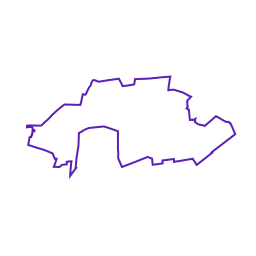 Tecámac, México, Mexico (Equal Earth projection), rotated 252°
{"feature_id": "50627088B86609194927709", "entity_name": "Tecámac", "entity_type": "district", "adm_level": 2, "iso_a3": "MEX", "parent_name": "Mexico", "parent_adm1": "México", "projection": "equal_earth", "projection_center": [-98.994, 19.711], "detail": "fine", "context": "isolated", "style": "outline", "palette": "violet", "viewbox_px": 256, "rotation_deg": 252, "n_neighbors": 0, "source": "geoboundaries", "source_scale": "gbopen_adm2", "svg_char_len": 5241}
<svg xmlns="http://www.w3.org/2000/svg" viewBox="0 0 256 256"><g transform="rotate(252 128 128)"><path d="M142.6,27.9L142.1,28.6L141.7,29.4L140.0,31.7L139.7,32.0L137.6,34.9L136.1,37.1L134.6,39.3L133.0,41.5L132.3,42.4L131.3,43.6L129.8,45.3L129.1,46.1L128.9,46.2L128.7,46.4L128.7,46.6L128.5,46.9L128.1,47.2L128.0,47.3L128.0,47.5L127.9,47.6L127.7,47.9L127.1,48.5L124.0,48.7L121.3,48.9L121.4,49.4L121.3,49.8L121.0,50.5L120.8,50.6L119.3,49.6L118.8,49.2L118.2,48.8L117.9,48.5L115.8,46.9L114.0,45.4L113.3,47.4L112.7,49.1L112.4,49.9L112.1,50.8L112.3,51.0L112.3,51.4L113.3,53.7L112.8,56.3L112.4,58.5L114.4,59.2L114.8,59.3L114.5,61.0L114.2,62.3L113.8,63.9L113.4,63.7L110.5,62.4L108.4,61.5L105.1,60.1L102.6,59.0L101.2,58.5L100.8,58.3L100.6,58.3L100.3,58.2L102.0,60.5L102.7,61.4L103.3,62.3L105.2,65.1L105.5,65.5L105.8,66.0L106.0,66.3L106.3,65.8L108.5,66.8L110.7,67.8L114.8,69.5L115.1,69.6L118.5,71.4L119.7,72.0L120.6,72.5L124.1,74.2L124.8,74.6L126.5,75.4L128.9,76.3L132.7,77.7L136.6,79.1L138.4,79.7L138.9,83.0L139.1,83.1L139.4,84.8L139.6,85.7L139.8,86.5L139.9,87.6L140.1,90.6L140.0,90.9L139.9,91.7L139.5,93.6L138.6,97.8L138.2,99.9L137.9,101.3L137.7,101.5L137.7,101.9L136.9,105.6L135.4,107.7L133.3,110.6L130.7,114.0L128.1,117.4L125.7,116.7L123.4,115.9L121.2,115.2L118.9,114.5L115.2,113.3L112.2,112.3L109.2,111.4L108.8,111.5L108.0,111.2L106.9,110.9L103.7,109.8L103.3,109.7L102.9,109.5L102.6,109.4L102.3,109.3L102.2,109.3L101.8,109.3L101.5,109.3L101.3,109.4L101.0,109.4L100.7,109.4L100.4,109.5L100.2,109.5L99.9,109.5L99.6,109.5L99.4,109.6L99.1,109.6L98.8,109.6L98.6,109.6L98.3,109.7L98.0,109.7L97.8,109.7L97.5,109.7L97.2,109.8L96.9,109.8L96.4,109.8L96.2,109.9L95.9,109.9L95.7,109.9L95.4,109.9L95.1,110.0L94.6,110.0L94.3,110.0L94.1,110.1L93.8,110.1L93.5,110.1L92.8,110.2L92.9,112.9L93.6,125.4L94.4,137.8L91.5,141.4L88.5,140.8L85.4,140.1L84.5,145.0L83.6,149.9L85.0,150.3L86.5,150.8L86.4,151.5L86.2,152.2L86.1,152.9L86.0,153.5L85.8,154.2L85.7,154.9L85.5,156.1L85.4,156.1L85.4,156.3L85.3,156.9L85.2,157.6L85.1,158.3L84.9,159.0L84.8,159.6L84.7,160.3L84.6,160.7L84.6,160.8L84.5,161.0L84.4,161.4L84.4,161.7L84.4,161.9L84.3,162.1L83.0,161.7L82.9,161.7L82.4,161.4L81.6,161.2L80.4,168.7L79.8,173.4L78.9,179.1L78.8,180.1L77.3,180.4L77.1,180.5L75.6,180.9L74.2,181.2L74.1,181.3L72.5,181.7L71.7,181.8L71.7,182.0L73.5,186.9L75.1,191.4L76.7,195.6L77.4,197.5L77.6,198.1L78.4,200.3L78.9,199.9L79.7,201.7L81.8,207.7L84.9,216.5L85.5,218.1L87.0,222.6L87.2,223.1L87.7,224.5L87.8,224.7L89.0,228.1L92.3,227.8L95.3,227.5L95.5,227.5L97.2,227.3L97.5,227.3L98.8,227.1L99.1,227.1L100.7,226.9L100.6,226.6L101.7,226.0L101.9,225.9L102.8,225.6L102.9,225.2L103.6,223.0L105.9,220.9L107.7,219.3L109.1,218.1L111.4,216.0L111.4,215.9L112.1,215.3L111.7,214.6L111.5,214.0L111.3,213.5L110.7,212.0L109.8,210.1L108.7,207.4L108.1,205.9L107.7,205.0L107.3,204.2L107.0,203.5L106.8,202.9L106.6,202.5L106.5,202.2L106.2,201.6L106.8,201.2L107.3,200.3L107.4,200.1L107.7,199.7L107.8,199.4L108.3,198.5L108.8,197.7L109.0,197.3L109.8,195.9L112.6,193.9L112.9,193.6L113.2,193.5L113.3,193.5L114.7,194.3L115.1,193.8L115.7,194.4L115.8,194.5L115.7,193.8L115.6,193.2L115.7,191.7L116.1,191.7L116.3,190.5L116.5,189.4L118.7,189.8L121.0,190.3L123.4,190.8L123.7,190.9L123.9,191.0L125.9,191.4L126.7,191.6L126.8,191.5L126.9,191.2L127.0,191.0L127.1,190.8L127.8,190.3L128.5,189.8L128.6,190.0L128.8,190.2L128.9,190.3L129.0,190.5L129.3,190.7L129.7,191.2L129.9,191.4L129.9,191.5L130.6,191.5L130.7,191.4L132.3,191.8L133.4,192.0L135.2,192.6L135.9,193.2L138.3,197.6L140.6,195.1L141.6,194.2L142.1,193.8L143.7,192.2L144.4,191.5L145.1,190.8L146.6,188.6L147.2,187.8L147.7,187.1L150.2,183.6L150.5,182.7L151.1,180.5L151.4,178.0L151.5,178.0L153.3,178.8L155.7,179.9L159.4,181.8L161.6,182.9L163.8,184.1L165.3,177.9L165.8,176.0L165.8,175.9L166.6,172.0L166.9,170.2L167.2,169.3L167.8,166.6L168.1,165.1L169.2,160.6L170.0,157.8L170.0,157.6L170.4,156.7L171.2,153.7L172.3,149.8L169.9,148.6L167.6,147.4L167.6,147.0L167.9,144.8L167.9,144.6L168.0,144.5L168.1,143.7L168.1,143.4L168.2,142.5L168.9,138.8L169.5,135.9L173.3,135.3L177.1,134.7L177.7,134.6L178.8,128.1L179.3,125.6L179.7,123.3L180.5,117.9L181.1,114.5L181.2,114.1L181.9,113.4L183.0,112.1L183.9,110.9L184.3,109.6L183.6,108.6L183.0,107.9L182.9,107.8L182.5,107.4L182.0,107.0L180.6,106.1L179.9,105.4L179.6,104.9L178.8,103.9L178.4,103.3L177.9,102.8L177.3,102.2L176.5,101.5L175.6,100.5L174.8,99.8L174.7,99.6L173.9,99.2L173.3,98.6L172.8,97.6L174.1,95.5L172.9,94.7L171.0,93.6L167.5,91.7L167.1,91.4L166.9,91.3L166.7,91.3L166.6,91.1L165.8,90.5L164.7,89.9L166.2,85.4L167.8,81.1L169.3,76.7L170.0,74.8L169.1,72.3L167.2,67.3L165.4,63.2L164.4,61.1L164.1,60.4L163.4,59.2L162.8,58.1L162.0,56.7L160.2,53.0L159.8,51.9L158.5,49.1L157.1,46.3L157.1,46.1L158.7,41.3L160.3,36.7L161.5,32.9L160.9,32.4L160.6,32.4L159.9,32.1L159.4,34.6L159.3,34.9L159.2,35.4L159.0,36.3L158.4,36.8L158.0,37.2L157.6,37.2L157.2,37.1L156.8,37.1L156.2,36.8L155.7,36.7L155.4,37.6L155.0,38.3L154.4,38.2L153.9,38.0L154.5,36.3L154.2,36.0L153.8,36.0L153.8,35.9L153.7,35.7L153.3,35.6L152.9,35.6L152.6,35.5L152.3,35.3L152.2,35.1L151.5,34.7L151.3,34.7L151.2,34.2L150.9,33.9L150.6,33.8L150.4,33.9L150.2,33.7L149.9,33.5L149.8,33.2L149.6,32.8L149.4,32.8L149.7,31.6L147.2,30.3L144.5,28.8L142.6,27.9Z" fill="none" stroke="#5b21b6" stroke-width="2"/></g></svg>